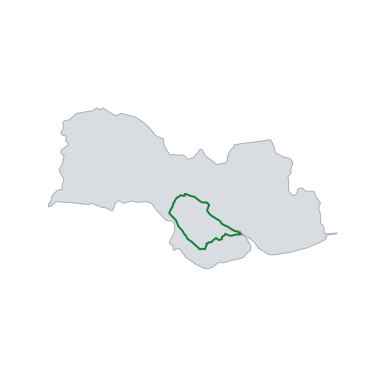 where Upper Demerara-Berbice sits in Guyana, rotated 120°
{"feature_id": "GUY-673", "entity_name": "Upper Demerara-Berbice", "entity_type": "Region", "adm_level": 1, "iso_a3": "GUY", "parent_name": "Guyana", "parent_adm1": "", "projection": "natural_earth1", "projection_center": [-58.308, 5.539], "detail": "fine", "context": "in_parent", "style": "outline", "palette": "green", "viewbox_px": 384, "rotation_deg": 120, "n_neighbors": 0, "source": "natural_earth", "source_scale": "10m", "svg_char_len": 5486}
<svg xmlns="http://www.w3.org/2000/svg" viewBox="0 0 384 384"><g transform="rotate(120 192 192)"><path d="M129.9,179.0L122.6,169.6L115.3,160.2L108.1,150.9L107.6,149.7L110.6,145.3L113.3,142.1L115.6,140.3L116.6,138.7L115.8,131.9L115.9,129.4L114.8,126.8L114.1,123.8L115.0,121.3L116.1,119.6L117.5,118.9L120.8,118.3L123.2,118.0L124.1,117.0L125.4,115.9L127.2,115.8L130.8,116.6L132.4,115.1L135.3,113.1L141.9,109.6L143.4,107.3L144.4,103.7L144.3,102.0L143.6,101.4L142.0,100.8L139.5,100.7L137.5,101.7L135.4,101.2L133.7,99.0L133.6,97.2L134.6,94.6L134.0,92.9L130.8,87.5L130.8,86.0L133.2,83.6L134.5,81.5L136.4,76.6L137.8,75.0L142.4,74.4L143.6,73.3L145.9,70.7L149.4,67.8L154.4,65.4L155.8,61.1L156.7,59.9L160.7,57.6L161.4,56.4L161.3,55.3L154.9,45.6L156.2,46.3L161.1,52.6L163.9,54.0L164.4,54.0L164.5,52.4L167.0,53.1L173.5,57.4L182.9,64.5L196.3,78.1L200.1,83.2L202.6,85.6L206.6,91.5L207.8,94.4L207.6,105.9L204.1,113.6L203.3,119.4L203.1,127.2L201.0,131.7L203.7,129.2L204.6,122.2L206.9,118.0L209.9,113.3L213.9,112.2L218.2,114.2L221.7,114.5L224.7,115.9L231.3,123.4L237.6,129.3L240.0,134.0L246.7,136.4L250.7,140.1L252.0,143.3L252.8,151.8L251.5,164.6L251.8,165.2L250.0,167.7L249.7,169.3L248.5,172.2L247.6,173.7L248.9,177.2L250.4,177.4L251.0,177.8L251.4,178.5L251.3,179.3L250.7,180.0L249.3,180.8L247.9,182.8L248.0,185.1L247.2,186.3L244.4,186.9L238.9,186.9L236.2,187.0L234.1,187.4L232.7,188.9L230.9,189.9L229.5,190.1L228.2,191.8L227.0,194.2L227.4,195.9L228.7,198.0L229.5,200.3L228.5,203.9L227.4,206.7L226.8,208.9L225.9,213.0L223.8,217.5L222.3,220.1L222.3,222.9L223.1,226.8L227.3,232.6L228.8,235.4L229.9,239.8L233.8,243.3L236.2,246.1L236.0,249.9L236.3,251.0L237.8,252.0L239.7,252.7L241.7,252.6L243.5,252.3L243.9,251.8L248.1,251.7L248.6,252.6L248.8,258.0L249.0,260.2L250.0,261.1L250.6,262.4L250.6,263.6L250.8,266.6L251.5,268.2L251.4,271.4L251.8,272.6L252.9,273.4L254.4,275.7L255.0,276.0L255.2,276.8L256.5,280.1L257.1,281.0L257.6,281.2L257.8,282.3L258.7,285.4L259.3,286.1L260.5,288.4L260.9,290.8L262.5,293.6L264.1,295.5L264.8,297.5L266.8,302.0L268.8,305.1L271.4,305.9L273.6,306.4L275.0,307.6L276.4,308.9L274.9,309.5L273.6,310.3L271.8,309.6L269.3,310.0L266.6,310.9L264.2,311.3L259.6,309.9L258.2,309.7L257.3,309.1L255.4,306.3L254.5,306.0L252.1,307.3L249.1,308.2L247.7,308.0L246.0,308.9L244.4,310.2L241.4,315.6L239.8,317.5L238.1,318.3L234.8,318.3L231.2,318.5L228.5,319.8L226.0,320.5L224.8,320.6L224.3,323.5L223.8,324.9L223.0,325.7L221.0,325.9L219.3,325.8L218.2,324.6L216.2,324.0L214.5,323.5L213.4,322.8L212.4,323.0L211.7,324.2L211.1,325.3L210.5,327.2L207.9,327.8L206.7,328.9L207.4,332.5L207.1,334.0L206.5,335.1L203.3,335.3L200.6,335.2L199.0,336.5L197.1,338.1L195.9,338.4L194.5,338.3L192.6,336.5L190.8,334.3L186.3,332.7L181.8,331.4L178.8,327.9L178.1,326.1L176.7,325.4L173.2,321.2L171.3,318.5L169.2,317.8L166.8,316.7L166.9,314.7L166.7,312.8L165.7,312.1L164.3,311.6L163.7,310.5L163.9,308.1L164.2,301.7L163.8,295.6L160.5,293.5L159.1,292.1L156.7,283.1L155.5,279.1L155.5,276.1L156.3,267.1L157.2,263.2L159.7,255.5L161.2,252.8L161.2,250.9L161.1,248.3L160.4,243.3L164.6,240.2L166.4,238.9L166.7,236.8L169.0,234.1L170.0,231.5L170.8,229.5L170.6,228.5L169.6,227.9L168.4,226.0L166.0,220.5L165.1,219.4L164.4,217.9L164.7,215.4L165.7,212.8L165.6,211.7L164.1,210.3L161.1,207.9L158.6,207.8L156.7,206.9L153.8,206.8L151.5,206.5L150.3,205.7L150.5,204.2L151.1,203.1L153.0,200.3L154.3,197.4L154.5,194.5L154.8,190.8L155.4,187.5L155.7,183.8L152.7,181.3L151.7,179.3L150.5,177.6L149.1,177.6L147.1,176.8L143.9,179.1L141.3,178.7L139.6,179.6L135.6,179.4L133.0,178.3L129.9,179.0Z" fill="#d9dde1" stroke="#a8b0b8" stroke-width="1"/><path d="M203.5,130.6L203.9,130.6L203.6,130.4L204.2,128.8L204.2,128.7L204.9,129.2L206.8,132.7L207.3,133.3L207.6,133.7L209.0,134.7L210.4,136.4L210.8,137.3L211.0,138.0L211.1,138.4L211.1,138.7L211.1,139.0L211.1,139.3L211.7,141.5L211.6,142.1L211.8,142.1L213.5,142.3L213.8,142.4L214.1,142.6L214.7,143.0L215.6,143.5L215.8,143.5L216.1,143.4L216.7,143.1L218.0,142.6L219.1,143.8L219.3,144.0L219.8,144.0L220.2,145.3L220.2,146.0L219.8,147.7L220.2,148.4L220.7,148.6L223.0,149.5L224.1,149.7L224.4,149.8L225.8,150.0L226.0,150.3L226.2,151.0L226.6,151.4L227.3,152.4L227.5,152.6L227.8,152.6L228.1,152.6L228.6,152.6L228.9,152.9L229.5,153.6L229.8,153.6L230.0,153.5L230.2,153.3L230.4,153.0L230.7,152.8L231.1,152.7L232.7,152.8L232.9,152.7L233.7,152.4L234.0,152.3L234.7,152.3L235.1,152.2L236.1,154.8L236.7,155.5L237.1,155.7L237.6,156.2L237.7,156.6L237.7,156.9L237.6,157.2L237.0,159.1L235.2,168.0L234.9,171.8L234.7,172.6L234.5,173.2L233.4,174.6L232.9,175.7L232.1,178.2L230.9,179.9L230.2,181.3L228.5,186.5L225.2,190.8L224.3,192.2L223.8,193.9L223.2,196.3L221.9,200.9L221.3,201.2L220.2,201.5L214.5,201.6L213.9,201.7L211.4,202.4L206.2,202.5L204.6,202.2L203.9,201.9L203.4,201.5L203.2,201.3L202.8,201.1L201.3,200.6L201.2,200.5L200.7,200.2L199.9,198.9L199.4,197.2L198.9,196.5L197.3,197.1L196.8,196.4L196.0,190.7L195.1,188.2L195.1,186.6L195.9,180.8L195.9,177.9L195.7,177.3L195.3,176.9L193.7,174.1L193.9,173.8L193.9,173.4L193.9,173.1L193.9,172.6L194.1,172.3L194.4,171.6L194.6,170.8L195.1,170.5L196.5,170.5L199.5,169.9L200.3,169.6L200.9,168.9L201.7,167.2L202.3,165.5L202.7,163.9L202.9,162.2L202.9,159.5L203.1,156.9L203.0,154.4L203.1,153.5L204.0,151.4L204.5,150.7L204.6,149.7L204.6,146.5L204.5,146.0L204.1,145.1L204.1,144.2L204.6,138.9L204.5,138.5L204.3,138.2L204.1,137.9L204.2,137.6L204.4,137.3L204.5,136.9L204.5,136.6L204.6,136.2L204.4,135.5L203.6,133.6L203.5,132.8L203.5,131.1L203.5,130.6Z" fill="none" stroke="#15803d" stroke-width="2"/></g></svg>